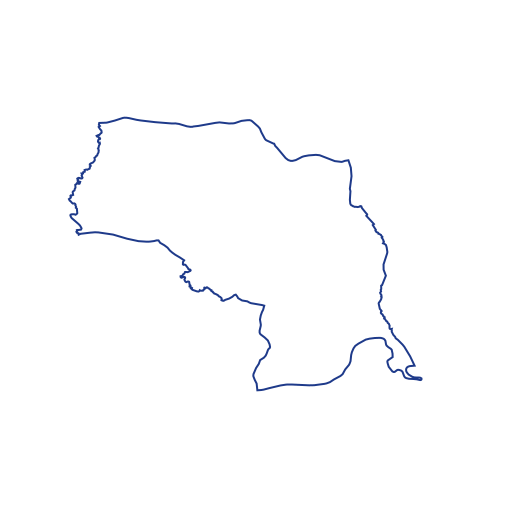 the district of Thawat Buri, Roi Et, Thailand, rotated 108°
{"feature_id": "78962969B6809780389556", "entity_name": "Thawat Buri", "entity_type": "district", "adm_level": 2, "iso_a3": "THA", "parent_name": "Thailand", "parent_adm1": "Roi Et", "projection": "equal_earth", "projection_center": [103.792, 16.038], "detail": "fine", "context": "isolated", "style": "outline", "palette": "blue", "viewbox_px": 512, "rotation_deg": 108, "n_neighbors": 0, "source": "geoboundaries", "source_scale": "gbopen_adm2", "svg_char_len": 6119}
<svg xmlns="http://www.w3.org/2000/svg" viewBox="0 0 512 512"><g transform="rotate(108 256 256)"><path d="M290.5,431.2L289.1,429.7L285.0,420.8L283.2,416.5L282.3,413.3L279.8,398.6L279.4,384.0L278.2,372.4L276.3,364.9L275.2,361.6L273.3,357.6L271.9,355.4L271.3,353.5L273.1,351.2L274.1,346.5L275.4,342.7L277.4,339.6L278.6,336.8L279.8,333.1L280.9,328.0L282.3,323.0L284.3,323.6L286.6,322.9L286.8,322.2L286.2,321.1L286.3,320.2L288.5,317.0L289.3,316.3L289.3,314.4L289.6,313.9L290.0,313.7L290.5,313.9L292.5,316.0L292.9,318.0L293.2,318.6L294.9,318.7L296.0,319.7L297.0,319.8L297.8,320.2L298.5,321.5L299.2,321.3L299.6,320.8L299.7,320.1L298.2,318.2L298.0,317.8L298.1,317.1L298.7,316.6L300.6,316.8L301.7,315.8L302.3,315.0L302.4,314.2L301.3,312.9L301.1,312.2L301.3,311.6L303.7,310.3L304.3,309.2L304.7,309.1L305.3,309.9L305.6,309.8L306.0,307.5L306.2,306.9L306.6,306.9L307.1,307.5L307.8,306.0L307.9,301.3L307.6,299.7L306.9,299.0L305.9,298.9L306.1,298.1L305.7,296.5L305.2,295.6L304.5,295.6L303.7,294.8L303.1,294.6L302.4,295.4L302.0,295.3L301.9,293.7L301.1,293.3L300.9,292.6L301.5,291.1L301.5,290.2L301.9,289.7L302.3,288.7L302.3,287.8L303.2,287.5L303.3,286.1L303.9,285.7L304.0,285.0L304.6,284.2L304.6,282.4L304.9,281.4L304.8,280.8L305.3,279.5L305.8,279.1L306.0,277.4L306.8,275.7L307.9,275.2L308.6,275.3L308.9,274.2L308.6,273.7L308.6,272.9L307.2,271.7L304.8,268.4L302.1,265.9L300.0,264.7L299.0,263.3L300.3,261.3L301.6,260.0L302.6,255.5L301.8,250.2L302.3,247.8L302.4,246.1L300.8,235.2L300.7,232.8L305.0,232.6L307.5,233.0L311.1,233.1L315.2,232.6L319.8,230.2L321.0,229.9L325.9,229.5L327.7,228.9L328.7,228.1L329.2,227.2L330.8,222.6L332.7,218.6L335.8,215.8L338.2,214.5L339.2,214.5L340.5,215.3L341.7,215.6L345.4,215.7L347.8,216.0L350.3,217.1L353.7,219.9L357.7,220.0L362.5,221.3L369.1,221.9L370.9,221.5L371.5,221.1L374.2,218.9L377.1,216.0L383.3,213.2L381.8,209.5L380.7,207.4L377.6,202.6L371.5,192.6L368.9,187.4L367.3,182.7L362.6,165.6L360.9,160.7L356.4,151.3L355.4,149.6L353.1,146.7L349.3,143.7L344.0,138.6L341.6,137.1L336.3,136.1L330.8,133.9L329.4,133.7L326.8,133.6L320.7,134.9L317.8,135.1L313.7,134.7L310.8,133.8L307.7,131.5L301.6,125.8L299.5,122.4L297.3,117.7L295.9,113.9L295.3,111.9L295.2,110.1L295.3,108.9L295.8,107.8L296.7,106.7L299.9,105.0L300.8,104.2L301.8,102.0L302.6,99.1L303.2,98.0L306.6,96.0L309.9,94.8L314.5,98.3L315.2,98.5L316.0,98.4L317.7,97.4L320.4,95.5L323.6,90.7L323.8,89.4L323.4,88.3L320.7,86.4L320.3,85.6L320.1,84.5L320.1,82.6L320.6,81.3L321.2,80.6L324.6,77.9L325.4,76.8L325.7,75.5L325.5,72.6L324.3,68.2L323.6,65.0L323.3,61.6L323.0,60.9L322.3,60.5L321.3,60.8L321.0,62.1L321.1,62.9L322.5,67.6L322.6,69.9L321.6,74.2L320.1,76.6L319.0,77.6L317.8,78.1L316.7,78.3L315.4,78.0L314.1,77.0L313.2,75.7L311.3,71.3L303.8,78.4L296.5,86.9L295.0,89.2L291.9,95.2L291.1,97.7L289.9,98.7L288.6,101.0L286.1,103.5L284.6,103.9L284.2,104.4L283.4,104.4L283.9,105.2L283.9,106.2L283.7,106.5L282.1,107.2L281.1,107.3L279.4,108.7L278.9,110.1L277.8,110.9L277.6,112.1L276.1,113.8L275.9,114.8L274.5,114.7L274.3,115.6L273.7,116.2L273.6,116.8L272.6,117.4L272.0,119.2L271.5,119.7L270.2,119.9L269.8,119.5L269.4,119.6L268.0,121.9L263.2,124.7L262.2,124.7L261.6,124.3L258.9,123.7L257.9,123.6L257.1,123.9L256.7,123.7L255.9,124.0L255.6,124.5L255.2,124.3L254.2,124.8L253.4,126.0L252.6,126.6L251.0,126.1L249.7,126.9L248.7,126.7L245.5,127.8L244.7,127.1L234.6,126.4L229.6,130.4L224.6,132.1L212.9,132.1L211.6,132.3L207.4,134.4L205.4,135.8L204.8,137.4L204.7,139.1L203.0,138.7L202.5,139.0L202.4,139.5L201.2,140.1L199.7,142.1L198.8,141.7L197.7,143.5L197.4,143.6L197.0,145.2L197.0,146.5L196.3,146.8L196.0,147.7L196.1,148.6L196.0,148.9L194.9,150.3L194.1,150.1L190.5,154.5L189.2,153.7L183.7,163.5L182.4,163.0L182.0,163.2L180.9,165.1L177.7,170.0L176.2,171.2L176.3,172.2L176.7,172.2L178.0,174.3L178.3,176.0L178.8,177.5L178.6,178.7L178.7,179.2L178.4,179.8L178.3,181.0L177.9,181.7L177.1,182.5L173.5,184.1L165.2,186.2L163.1,187.5L150.6,189.8L142.7,193.1L136.4,197.7L138.0,200.8L139.6,202.9L140.1,203.8L141.4,210.4L140.5,226.6L141.3,230.3L144.0,236.9L146.2,241.0L147.3,242.6L152.5,247.8L154.2,250.6L154.8,252.3L154.8,255.0L153.7,258.1L146.6,269.4L145.4,271.7L143.6,273.4L143.7,274.1L142.8,281.6L142.6,282.5L141.8,283.8L136.7,289.1L133.6,291.7L132.2,294.0L129.0,301.4L128.7,302.4L128.8,304.2L129.7,306.6L132.0,311.6L136.0,317.0L136.8,318.4L138.3,322.6L140.2,332.0L142.0,335.9L150.1,351.0L152.1,355.4L152.8,356.5L153.4,358.2L154.0,361.7L154.2,370.0L154.8,373.6L155.9,376.7L157.3,382.5L159.9,393.4L162.8,407.9L163.4,411.8L164.1,419.5L164.6,422.2L165.1,423.8L165.8,425.2L170.8,432.1L174.7,438.2L175.4,439.4L177.9,446.2L179.8,446.0L180.6,444.6L181.9,445.5L183.5,443.6L184.5,441.8L186.1,441.0L186.9,441.1L187.3,441.6L189.3,442.4L189.5,443.1L191.0,444.7L191.5,444.1L191.5,442.8L191.8,442.0L191.8,441.3L192.7,440.5L193.1,440.6L193.3,441.5L193.8,441.5L194.2,441.8L195.6,441.8L196.2,441.5L196.9,440.5L196.4,439.7L197.2,439.2L198.1,439.1L199.4,439.5L201.9,439.2L202.4,439.5L202.7,439.1L203.8,438.6L204.0,438.2L206.3,437.8L208.3,438.2L209.5,438.1L210.3,438.9L211.6,439.2L212.5,440.0L214.4,439.0L215.2,439.0L217.4,439.9L219.2,441.9L220.0,442.4L220.7,442.3L221.1,441.2L221.4,441.0L222.8,441.6L223.5,441.2L224.5,441.3L225.4,442.5L226.1,443.0L226.2,444.2L227.2,445.6L228.7,444.9L229.8,446.3L230.8,446.0L231.4,447.4L232.4,446.5L233.4,446.7L235.1,445.2L235.8,445.3L236.2,445.8L236.4,446.7L236.3,447.9L236.6,449.1L237.6,449.9L238.1,449.6L238.6,448.6L239.7,448.9L240.3,448.3L240.3,447.6L239.8,446.8L239.8,446.1L241.5,446.1L241.8,446.2L242.1,446.8L242.2,448.9L243.0,449.0L244.1,449.9L246.8,448.8L248.2,449.1L249.7,448.9L251.2,450.0L251.9,450.1L254.4,448.8L254.9,449.6L255.4,449.9L255.6,450.9L256.2,451.1L257.3,450.2L257.8,450.2L259.7,451.5L260.9,450.3L261.3,449.1L262.2,447.7L262.7,446.4L262.1,445.0L262.4,444.0L262.9,443.5L263.6,443.5L264.6,442.4L265.8,442.3L266.3,441.0L270.5,439.2L271.2,439.4L272.5,440.3L272.5,442.0L273.4,444.4L274.0,445.1L274.7,445.1L275.8,444.3L276.9,443.0L280.4,434.7L281.4,432.8L283.2,430.8L283.8,430.4L285.0,430.6L286.3,433.3L286.5,434.2L286.7,434.4L287.6,433.8L288.4,434.3L288.8,434.0L289.5,432.9L289.2,431.9L290.5,431.2Z" fill="none" stroke="#1e3a8a" stroke-width="2"/></g></svg>